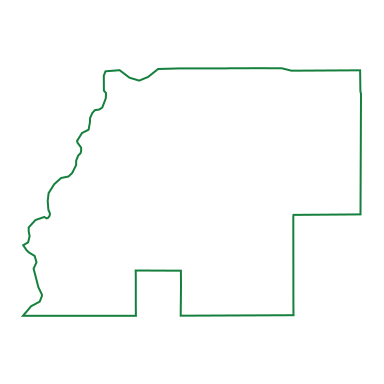 Beauregard, Louisiana, United States of America
{"feature_id": "52423323B21900392582772", "entity_name": "Beauregard", "entity_type": "district", "adm_level": 2, "iso_a3": "USA", "parent_name": "United States of America", "parent_adm1": "Louisiana", "projection": "orthographic", "projection_center": [-93.525, 30.643], "detail": "fine", "context": "isolated", "style": "outline", "palette": "green", "viewbox_px": 384, "rotation_deg": 0, "n_neighbors": 0, "source": "geoboundaries", "source_scale": "gbopen_adm2", "svg_char_len": 1021}
<svg xmlns="http://www.w3.org/2000/svg" viewBox="0 0 384 384"><path d="M360.1,70.3L291.5,70.7L281.9,68.3L260.0,68.2L228.6,68.3L226.8,68.4L179.7,68.4L158.1,69.0L148.0,77.0L139.2,80.6L129.5,77.7L119.6,70.2L105.5,71.3L103.8,75.7L103.9,90.6L106.0,93.1L105.8,98.3L102.4,107.2L101.7,108.0L99.0,109.6L95.0,110.1L92.4,112.9L90.1,118.0L89.9,122.6L88.6,129.7L82.0,133.0L77.0,141.0L77.6,142.8L81.1,147.6L81.2,150.7L80.5,153.3L78.3,155.4L76.2,160.5L76.1,165.1L72.2,173.0L68.5,176.5L61.1,178.0L54.2,184.2L48.6,193.1L47.7,201.1L48.4,209.9L49.6,212.5L50.0,214.2L49.4,216.1L48.0,217.9L46.7,218.4L45.7,217.8L44.2,217.0L35.5,220.0L28.7,227.4L28.7,231.3L29.6,236.2L28.1,242.4L23.2,245.2L26.5,250.1L28.7,252.3L34.7,256.0L36.5,262.3L33.6,268.6L38.4,287.3L41.9,294.5L41.9,296.1L39.7,301.6L31.0,306.3L23.0,315.8L135.9,315.8L135.8,306.1L135.8,278.2L135.7,270.5L180.9,270.7L181.0,285.8L180.7,315.7L293.5,315.2L293.4,304.6L293.3,217.3L293.5,214.9L360.5,214.4L361.0,93.8L360.4,91.4L360.1,70.3Z" fill="none" stroke="#15803d" stroke-width="2"/></svg>